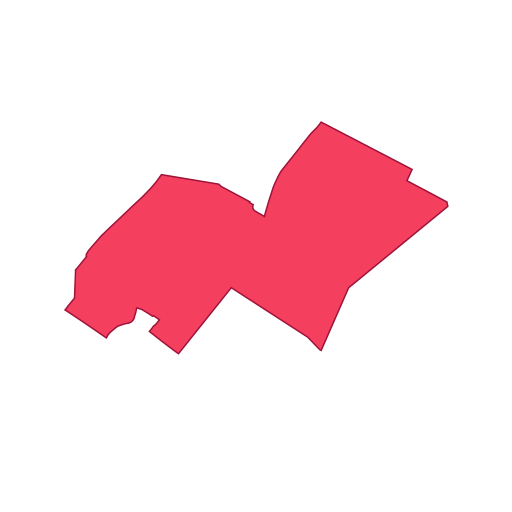 Muharam Bik, Al Iskandariyah, Egypt, rotated 336°
{"feature_id": "37247803B18141858630320", "entity_name": "Muharam Bik", "entity_type": "district", "adm_level": 2, "iso_a3": "EGY", "parent_name": "Egypt", "parent_adm1": "Al Iskandariyah", "projection": "mercator", "projection_center": [29.924, 31.184], "detail": "fine", "context": "isolated", "style": "filled", "palette": "rose", "viewbox_px": 512, "rotation_deg": 336, "n_neighbors": 0, "source": "geoboundaries", "source_scale": "gbopen_adm2", "svg_char_len": 2115}
<svg xmlns="http://www.w3.org/2000/svg" viewBox="0 0 512 512"><g transform="rotate(336 256 256)"><path d="M451.4,288.7L451.5,288.5L452.4,284.3L424.5,248.6L433.8,240.4L370.0,160.2L364.2,163.3L356.9,166.1L354.5,167.2L345.1,172.1L339.7,175.0L328.2,181.0L320.4,185.0L318.2,186.2L316.4,187.1L314.6,188.1L314.2,188.3L313.8,188.5L312.2,189.5L309.9,191.3L307.9,192.8L307.1,193.6L306.7,193.9L306.3,194.3L303.6,196.6L301.4,198.6L300.0,199.9L289.7,211.4L287.3,214.2L282.4,220.0L281.1,221.6L280.9,221.9L280.7,222.1L279.8,223.3L279.6,223.1L277.8,220.5L275.9,218.0L273.5,214.6L273.2,214.2L273.0,213.8L272.6,212.6L272.6,212.1L272.6,211.6L272.8,210.6L273.0,210.0L273.2,209.4L273.9,208.4L274.3,207.9L274.2,207.8L271.7,204.4L272.1,204.2L272.4,203.9L270.0,200.9L269.8,200.7L269.7,200.5L266.4,196.2L265.2,194.7L253.7,179.9L252.3,178.0L251.3,175.3L202.7,143.2L194.8,147.8L187.2,151.4L176.5,155.7L162.8,160.4L154.2,163.5L142.6,167.6L135.4,170.1L130.4,171.9L125.8,173.6L125.2,173.8L124.6,174.0L122.7,174.7L118.9,176.5L118.6,176.6L118.3,176.8L113.3,179.1L110.4,180.5L109.8,180.7L109.2,181.0L104.6,183.3L103.3,184.3L101.7,185.4L100.8,187.0L101.0,187.5L100.0,188.1L97.1,189.5L94.1,191.1L88.6,193.8L88.3,194.0L88.1,194.2L87.7,194.4L85.4,195.3L85.2,195.9L85.0,196.5L84.9,196.6L83.3,199.9L73.1,220.6L63.6,225.4L63.7,225.5L59.6,227.6L62.7,232.4L71.5,246.3L71.6,246.5L80.4,260.8L86.0,270.0L88.7,267.9L90.9,266.8L94.0,265.8L97.4,264.8L101.2,263.9L101.5,263.9L101.9,264.0L103.8,264.1L106.9,264.4L107.1,264.4L109.6,264.8L112.6,265.6L115.1,265.5L117.1,264.9L119.3,263.4L119.8,262.7L120.2,262.1L123.4,258.4L124.6,256.6L125.9,255.0L126.1,254.9L130.1,258.6L134.8,265.5L137.0,269.0L137.6,269.1L138.3,269.1L141.6,274.7L141.6,274.9L141.7,275.0L137.9,277.1L135.4,278.1L134.8,278.1L134.2,278.2L130.7,280.2L127.9,281.6L130.5,286.5L130.9,287.2L131.3,288.0L133.1,291.4L134.3,293.7L135.9,296.8L137.1,298.8L137.3,299.3L137.6,299.8L139.8,303.8L141.6,307.0L141.8,307.4L142.1,307.9L144.7,312.5L145.1,313.1L145.5,313.7L220.5,274.9L270.2,351.1L276.2,367.6L276.6,368.1L277.1,368.8L327.7,322.7L451.4,288.7Z" fill="#f43f5e" stroke="#9f1239" stroke-width="1.5"/></g></svg>